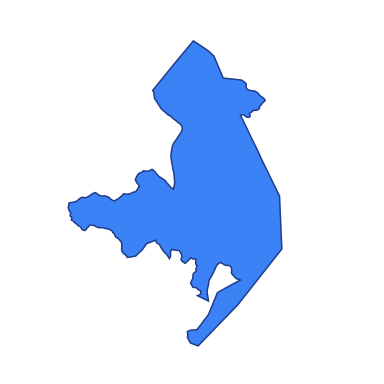 outline of Campo Maior, Piauí, Brazil, rotated 206°
{"feature_id": "56859067B57380390448277", "entity_name": "Campo Maior", "entity_type": "district", "adm_level": 2, "iso_a3": "BRA", "parent_name": "Brazil", "parent_adm1": "Piauí", "projection": "mercator", "projection_center": [-42.103, -4.859], "detail": "fine", "context": "isolated", "style": "filled", "palette": "blue", "viewbox_px": 384, "rotation_deg": 206, "n_neighbors": 0, "source": "geoboundaries", "source_scale": "gbopen_adm2", "svg_char_len": 3988}
<svg xmlns="http://www.w3.org/2000/svg" viewBox="0 0 384 384"><g transform="rotate(206 192 192)"><path d="M251.0,327.7L257.0,328.4L257.6,326.1L264.0,300.0L271.9,265.9L270.0,265.0L269.0,263.1L268.2,262.0L266.7,259.7L256.9,253.8L255.3,253.0L253.3,252.5L250.9,251.9L248.8,251.2L247.1,250.9L245.4,250.8L243.0,250.4L241.0,249.7L238.5,249.2L234.3,248.3L231.3,247.5L229.1,245.9L228.1,243.6L228.0,240.5L228.7,236.5L228.8,234.7L229.6,229.7L229.9,226.7L229.7,224.4L229.2,222.7L228.5,220.4L227.9,218.3L227.2,216.2L226.2,214.0L218.2,202.9L217.1,201.7L216.2,200.5L212.4,194.1L211.2,191.5L210.0,186.5L213.0,186.8L214.7,187.6L215.8,188.1L217.7,188.9L218.9,189.3L220.3,190.2L222.0,190.7L229.0,191.6L231.8,192.8L235.0,194.3L237.9,194.9L239.1,193.1L240.3,191.6L242.0,190.8L245.2,189.7L245.3,188.1L246.4,187.2L247.4,186.1L248.1,184.8L248.4,183.2L248.5,180.3L248.3,178.1L245.7,176.1L243.5,175.2L242.0,174.1L242.2,171.9L242.3,169.6L242.7,167.5L243.8,166.9L244.8,165.9L246.6,163.7L248.3,162.0L249.8,161.5L251.0,161.0L252.8,160.4L253.1,158.2L253.9,157.0L254.4,155.5L255.5,153.4L256.7,151.5L258.5,149.7L261.1,149.8L262.9,150.3L264.2,150.7L266.3,150.7L269.2,150.1L271.2,148.9L273.2,148.4L276.3,148.7L278.5,149.2L280.6,147.1L282.3,144.0L283.5,141.9L284.5,140.9L286.0,139.8L288.8,138.9L290.2,136.6L290.9,135.0L291.5,133.3L293.6,131.3L294.6,130.6L297.7,128.3L297.0,126.0L296.6,124.1L294.9,121.9L293.4,120.9L291.9,120.3L291.6,118.6L290.9,116.9L288.9,116.6L288.1,113.9L286.0,113.9L284.4,113.1L282.4,112.8L280.9,112.4L279.5,111.7L278.1,112.0L276.1,111.5L274.8,110.2L273.5,110.1L271.7,110.2L270.6,111.9L270.6,113.6L269.9,115.1L269.6,117.1L268.4,117.9L267.1,118.6L265.1,118.8L261.8,118.8L260.1,119.1L258.3,119.9L256.7,120.8L254.8,121.0L252.3,121.8L249.4,122.1L247.6,122.1L246.3,121.8L245.5,120.8L244.1,120.7L242.6,119.4L241.0,118.1L238.9,118.0L236.7,117.5L235.2,116.6L233.2,115.8L232.2,114.0L231.1,112.1L230.2,109.6L228.8,107.9L227.6,107.2L226.2,106.6L224.2,106.5L221.5,104.8L219.3,106.2L217.9,107.3L214.5,109.8L211.3,118.5L210.5,123.3L210.1,125.7L203.5,132.8L202.7,131.7L201.1,130.7L199.7,130.7L197.3,130.1L196.1,128.9L194.9,128.1L193.1,127.0L191.1,126.0L188.5,125.1L186.7,124.3L185.4,123.6L183.1,122.2L183.0,124.4L183.9,126.5L184.8,128.0L185.2,131.5L183.6,131.8L182.0,132.1L181.0,132.8L179.5,133.1L177.9,133.7L176.2,132.8L174.1,131.3L173.3,130.3L172.7,129.2L172.6,128.0L172.3,126.5L170.7,125.4L166.9,124.8L165.2,129.2L164.0,132.5L162.3,132.1L158.9,133.4L158.5,132.2L158.1,130.7L157.4,129.6L156.4,128.3L155.0,127.7L154.8,125.9L154.9,124.5L153.7,123.3L153.9,121.6L155.0,119.6L154.7,117.7L153.6,115.3L153.3,113.7L153.5,112.3L153.3,109.5L149.4,106.7L148.0,107.3L146.5,107.7L145.2,107.7L143.1,106.8L140.9,107.0L139.2,104.2L141.6,101.2L129.4,101.2L130.6,103.0L133.0,106.4L134.6,108.6L136.0,113.0L136.2,114.8L137.9,119.8L137.4,128.8L137.6,135.0L137.5,137.7L136.3,140.1L135.4,141.1L133.6,141.0L131.4,140.8L129.2,140.9L126.2,142.3L124.6,141.9L123.5,141.2L122.4,139.8L120.9,136.3L119.0,135.3L116.2,134.3L114.8,133.6L113.4,133.6L111.9,133.9L110.0,134.0L120.4,119.5L121.3,117.9L123.2,115.5L125.0,112.6L123.5,89.1L126.3,74.7L126.8,72.4L127.4,70.1L129.0,69.3L131.3,68.0L132.7,67.1L134.1,65.8L135.0,64.2L133.8,62.6L132.9,61.2L132.4,59.4L130.3,57.7L128.1,56.2L126.9,55.6L119.0,56.4L110.8,81.8L101.6,109.9L96.7,132.2L94.2,143.8L87.9,172.8L86.3,179.9L86.9,181.4L93.2,192.8L111.5,226.7L132.4,243.0L142.5,250.9L146.2,253.9L152.5,259.1L163.2,267.4L182.3,282.5L181.0,283.3L179.4,284.0L177.1,283.6L175.8,283.3L174.4,283.6L172.9,284.9L173.2,286.3L174.7,287.8L174.0,289.3L173.0,290.9L172.9,292.2L170.7,293.3L169.1,294.4L168.0,296.3L168.8,298.2L168.2,300.0L167.7,302.9L166.9,305.0L166.2,306.3L167.4,307.1L168.7,307.7L170.8,308.0L172.6,308.3L174.0,308.7L175.3,309.5L177.5,310.1L179.3,310.3L181.3,309.8L184.0,308.8L186.7,308.5L188.4,309.1L189.4,310.0L189.8,311.2L190.5,312.7L191.7,313.4L193.2,313.8L194.9,314.2L196.5,314.3L200.2,313.0L213.9,308.1L231.8,323.7L238.6,325.9L251.0,327.7Z" fill="#3b82f6" stroke="#1e3a8a" stroke-width="1.5"/></g></svg>